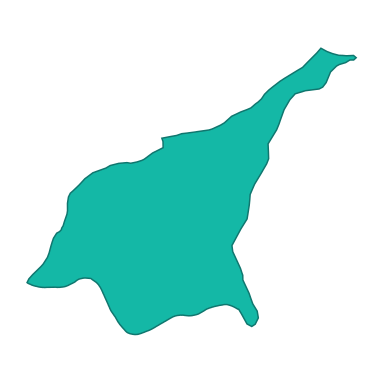 En Mango, Micoud, Saint Lucia, rotated 179°
{"feature_id": "8701671B14589117854765", "entity_name": "En Mango", "entity_type": "district", "adm_level": 2, "iso_a3": "LCA", "parent_name": "Saint Lucia", "parent_adm1": "Micoud", "projection": "albers", "projection_center": [-60.924, 13.8], "detail": "fine", "context": "isolated", "style": "filled", "palette": "teal", "viewbox_px": 384, "rotation_deg": 179, "n_neighbors": 0, "source": "geoboundaries", "source_scale": "gbopen_adm2", "svg_char_len": 5078}
<svg xmlns="http://www.w3.org/2000/svg" viewBox="0 0 384 384"><g transform="rotate(179 192 192)"><path d="M102.4,262.4L98.5,272.7L92.5,282.6L87.1,288.4L76.9,291.3L63.1,292.8L59.5,294.6L56.0,299.0L51.4,309.6L45.3,315.4L42.5,316.9L36.1,318.7L31.9,321.2L28.0,321.2L25.5,323.4L28.1,325.7L35.2,325.5L38.9,325.9L42.8,326.1L49.1,327.9L54.6,330.1L60.6,333.5L64.8,328.8L74.4,319.5L79.3,314.6L84.1,311.9L96.9,304.4L101.9,301.3L108.9,296.1L113.4,292.6L117.8,288.4L120.9,283.9L124.3,280.8L126.9,279.0L131.7,275.0L135.6,273.4L141.8,271.2L151.1,267.0L158.4,260.6L162.4,258.3L170.9,254.6L173.9,253.7L195.8,251.0L201.2,250.5L206.4,248.8L212.0,247.9L221.2,246.3L220.1,243.0L220.1,236.8L230.7,231.7L233.5,229.7L239.2,225.6L241.5,224.5L246.4,223.0L252.8,221.8L256.5,222.5L264.8,221.9L273.3,219.9L277.7,217.4L290.7,213.0L298.8,207.2L304.8,200.9L311.2,195.0L313.7,192.9L315.6,189.2L316.7,182.9L316.8,175.4L317.4,172.0L320.0,164.9L321.4,160.5L323.0,158.0L323.2,156.7L325.1,154.7L328.0,153.2L331.3,148.2L332.7,144.3L334.0,140.3L335.9,133.6L337.7,129.1L342.1,122.5L344.4,120.0L352.7,112.2L356.6,108.0L358.5,104.3L358.0,103.9L357.4,103.5L356.8,103.2L356.1,102.9L355.5,102.6L354.7,102.3L354.1,101.9L353.4,101.6L352.7,101.4L351.9,101.1L351.2,100.9L350.3,100.6L349.6,100.5L348.8,100.3L348.1,100.1L347.4,99.9L346.6,99.7L345.9,99.6L345.3,99.5L344.5,99.4L343.7,99.3L343.0,99.2L342.2,99.2L341.4,99.1L340.7,99.1L340.0,99.1L339.3,99.2L338.5,99.2L337.8,99.2L337.1,99.2L336.4,99.2L335.7,99.2L335.0,99.2L334.4,99.2L333.7,99.2L333.0,99.2L332.1,99.2L331.4,99.2L330.7,99.2L329.9,99.2L329.2,99.1L328.6,99.0L327.8,99.0L327.1,99.0L326.4,99.0L325.7,99.0L325.0,99.1L324.4,99.2L323.6,99.2L322.8,99.3L322.1,99.4L321.4,99.5L320.7,99.7L320.0,99.8L319.3,100.1L318.5,100.4L317.8,100.6L317.2,100.9L316.5,101.3L315.7,101.6L315.1,102.0L314.5,102.2L313.9,102.5L313.2,102.8L312.5,103.2L311.9,103.4L311.3,103.8L310.5,104.2L310.0,104.7L309.4,105.1L308.9,105.5L308.2,106.0L307.6,106.3L306.9,106.7L306.3,106.9L305.6,107.1L304.8,107.3L304.1,107.4L303.1,107.6L302.5,107.8L301.7,107.8L301.0,107.9L300.2,107.9L294.6,107.3L294.0,106.8L293.5,106.4L292.9,105.9L292.3,105.5L291.6,105.0L291.0,104.6L290.4,104.1L289.8,103.7L289.3,103.3L288.8,102.8L288.3,102.3L287.9,101.8L287.4,101.3L287.0,100.8L286.6,100.2L286.3,99.6L285.9,99.1L285.5,98.4L285.0,97.6L284.7,96.9L284.3,96.1L283.9,95.3L283.6,94.5L283.2,93.7L282.6,92.1L282.3,91.5L281.9,90.8L281.7,90.1L277.7,80.8L277.5,80.1L277.2,79.5L276.9,78.9L276.6,78.2L276.4,77.5L276.1,76.8L275.8,76.2L275.5,75.5L275.1,74.7L274.7,74.0L274.3,73.4L273.9,72.8L273.5,72.2L273.1,71.6L272.7,71.0L272.3,70.4L271.9,69.7L271.4,69.1L270.9,68.4L270.6,67.7L270.2,67.1L269.9,66.5L269.5,65.7L269.1,65.1L268.8,64.4L268.4,63.8L268.1,63.2L267.7,62.6L267.2,62.0L266.8,61.3L266.4,60.7L265.9,60.2L265.5,59.6L264.9,59.0L264.5,58.4L263.9,57.7L263.5,57.2L263.0,56.7L262.4,56.0L261.8,55.3L261.4,54.8L261.0,54.3L260.4,53.7L259.9,53.2L259.4,52.8L258.8,52.4L258.0,52.1L257.4,51.8L256.7,51.5L255.6,51.2L254.6,51.0L253.8,50.8L253.2,50.7L252.4,50.6L251.7,50.5L251.0,50.5L250.3,50.5L249.6,50.6L248.7,50.6L247.9,50.8L247.2,51.0L246.5,51.2L245.8,51.4L245.1,51.6L244.4,51.9L243.5,52.2L242.6,52.5L241.8,52.8L240.9,53.2L240.2,53.4L239.5,53.7L238.9,53.9L238.2,54.1L237.5,54.4L236.7,54.7L236.1,55.0L235.2,55.4L234.2,55.9L233.4,56.3L232.8,56.7L231.9,57.1L231.1,57.6L230.5,58.0L229.6,58.5L229.0,58.8L228.3,59.2L227.7,59.5L227.1,59.9L226.4,60.3L225.7,60.7L225.1,61.0L224.5,61.4L223.7,61.7L223.1,62.1L222.1,62.7L221.5,63.0L220.7,63.4L220.0,63.8L219.4,64.2L218.6,64.6L217.8,65.1L217.0,65.5L216.3,65.9L215.7,66.3L215.0,66.6L214.4,66.9L213.8,67.3L213.1,67.6L212.4,67.8L211.7,68.1L211.1,68.3L209.3,68.7L208.7,68.8L208.0,68.9L207.3,68.9L206.7,69.0L206.0,69.1L205.3,69.1L204.7,69.0L204.0,69.1L203.3,69.0L202.6,69.0L201.9,68.8L201.2,68.7L200.3,68.6L199.5,68.5L198.6,68.4L197.9,68.3L197.1,68.3L196.2,68.3L195.5,68.3L194.8,68.4L194.1,68.4L193.4,68.6L192.7,68.7L192.0,68.8L191.3,69.0L190.5,69.1L189.8,69.3L189.1,69.5L188.4,69.7L187.8,69.9L187.0,70.3L186.4,70.6L185.6,71.1L184.8,71.5L184.2,71.8L183.6,72.2L183.0,72.5L182.4,72.8L181.8,73.2L181.2,73.6L180.6,73.9L180.1,74.3L179.5,74.6L178.8,74.9L178.2,75.1L177.4,75.4L176.7,75.7L176.0,75.9L175.0,76.1L174.4,76.4L173.6,76.6L172.7,76.8L172.0,77.0L171.4,77.2L170.6,77.3L169.9,77.5L169.0,77.6L168.3,77.8L167.7,77.9L166.9,78.1L166.1,78.2L165.4,78.3L164.7,78.4L163.7,78.5L163.1,78.7L162.2,78.8L161.5,78.9L160.7,78.9L160.0,78.9L159.3,78.9L158.6,78.8L157.9,78.6L157.3,78.4L156.6,78.2L155.9,78.0L155.2,77.7L154.5,77.5L153.7,77.1L153.0,76.8L152.2,76.4L151.6,76.1L150.9,75.7L150.0,75.2L149.5,74.8L148.8,74.5L148.3,74.1L147.4,74.0L144.7,69.3L139.3,59.1L134.6,56.5L131.1,58.7L127.9,64.9L128.0,65.8L128.9,71.8L133.2,79.1L135.3,85.3L136.7,89.7L141.2,99.8L142.7,103.2L142.7,107.9L143.4,109.9L144.9,114.8L148.5,123.0L152.3,131.6L153.0,137.8L143.8,154.2L137.4,164.1L136.5,169.1L135.0,177.9L134.4,183.1L133.9,188.5L131.8,193.2L129.3,198.7L122.2,210.0L120.5,212.9L116.9,218.8L114.8,223.9L114.9,231.0L115.1,238.8L112.2,243.4L106.3,252.7L103.8,258.5L103.3,259.9L102.4,262.4Z" fill="#14b8a6" stroke="#0f766e" stroke-width="1.5"/></g></svg>